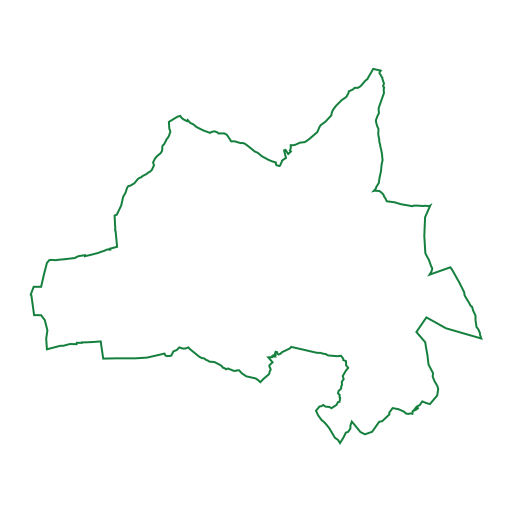 outline of Valea Iasului, Arges, Romania
{"feature_id": "2599482B81063931292533", "entity_name": "Valea Iasului", "entity_type": "district", "adm_level": 2, "iso_a3": "ROU", "parent_name": "Romania", "parent_adm1": "Arges", "projection": "natural_earth1", "projection_center": [24.709, 45.193], "detail": "fine", "context": "isolated", "style": "outline", "palette": "green", "viewbox_px": 512, "rotation_deg": 0, "n_neighbors": 0, "source": "geoboundaries", "source_scale": "gbopen_adm2", "svg_char_len": 5693}
<svg xmlns="http://www.w3.org/2000/svg" viewBox="0 0 512 512"><path d="M437.2,395.5L438.2,389.1L437.5,386.3L434.4,380.9L432.7,376.7L433.0,373.1L428.5,364.5L427.4,354.9L426.3,349.0L425.2,342.2L416.4,332.0L424.8,319.7L426.4,317.4L446.0,328.3L481.3,338.5L480.1,335.0L479.8,332.7L478.3,329.3L476.5,327.0L475.5,320.0L475.5,315.7L473.2,310.7L472.0,306.7L470.6,305.8L469.0,302.7L464.7,295.6L464.1,292.1L459.2,282.3L451.8,269.2L450.5,267.6L450.3,267.3L429.5,274.7L431.3,271.8L432.1,269.5L432.2,268.1L431.4,266.8L431.0,265.9L430.5,264.4L428.8,259.7L426.5,255.6L425.3,252.9L424.3,235.8L425.1,217.2L430.2,205.6L429.3,206.2L425.7,205.8L423.7,205.9L422.7,206.0L417.1,205.6L413.9,205.6L412.4,206.2L405.6,205.0L403.0,204.6L400.2,204.0L394.7,202.3L386.8,201.3L385.7,199.0L385.2,198.0L384.5,197.2L383.8,195.8L383.6,195.0L383.2,194.3L381.5,192.6L379.4,191.0L374.7,190.7L373.8,190.9L375.5,189.0L376.1,187.9L376.2,187.1L378.8,183.0L379.5,178.1L380.2,174.7L380.9,171.9L381.4,166.6L381.7,164.2L382.1,162.1L382.6,160.1L382.2,156.8L382.0,154.1L381.4,151.0L381.2,149.7L380.7,148.1L380.0,144.2L379.5,142.5L379.3,141.5L379.3,140.7L379.2,139.7L379.2,138.8L378.8,137.4L378.2,134.2L378.2,133.2L378.4,131.6L378.4,130.5L378.4,129.3L378.4,128.7L377.9,127.7L377.2,126.1L376.7,124.5L376.3,123.1L376.1,121.9L375.9,121.0L376.1,119.6L376.7,118.1L377.1,117.0L377.8,115.3L378.9,113.3L378.6,108.3L380.3,103.4L384.0,92.9L383.9,92.1L383.8,91.3L383.8,90.4L383.7,89.5L383.8,88.6L384.1,88.1L384.1,87.3L383.3,86.7L383.1,86.2L383.4,85.1L383.6,84.6L383.9,84.0L383.9,83.3L383.6,82.3L383.3,81.6L382.9,80.3L382.6,79.5L382.4,78.8L382.4,77.8L382.1,77.4L381.4,76.5L381.1,75.7L380.9,75.2L380.1,74.2L379.7,73.7L379.5,73.1L379.6,72.3L379.8,71.8L380.2,71.4L380.5,70.9L380.7,70.6L373.2,68.9L371.9,71.2L368.8,76.5L367.3,79.2L365.4,80.6L360.6,86.2L357.8,87.9L354.8,87.8L352.7,89.6L348.9,91.3L348.3,93.4L346.6,96.5L345.1,97.8L341.7,100.1L338.3,103.5L336.0,105.8L332.9,110.0L331.8,112.6L331.3,115.4L328.4,118.5L325.5,121.6L320.8,125.1L319.6,126.8L317.3,132.1L314.3,134.7L308.8,139.4L305.2,141.9L304.8,142.1L299.8,142.7L297.0,144.0L295.7,144.6L293.6,145.2L290.7,145.2L290.8,147.8L290.5,149.2L289.9,150.6L290.9,151.5L288.2,154.0L285.5,149.9L284.1,150.4L285.4,155.8L286.0,157.9L282.0,160.6L281.8,161.7L280.1,165.5L279.5,166.0L276.7,165.3L275.9,164.4L275.9,162.5L272.2,161.4L268.6,159.9L261.8,156.2L257.9,152.9L254.6,151.4L250.0,147.6L246.3,144.7L244.6,143.6L242.6,143.0L240.5,143.1L234.6,141.3L231.4,141.4L231.2,141.3L230.6,140.8L230.6,140.3L226.9,134.8L224.5,133.5L224.4,133.4L220.5,133.4L218.6,133.5L217.2,132.3L214.4,131.3L211.6,131.9L210.1,132.9L202.7,130.2L200.5,129.0L199.4,128.5L196.3,126.9L194.3,125.1L193.4,124.4L190.3,122.9L189.4,122.0L187.7,120.0L187.0,121.2L183.9,119.6L181.7,118.0L180.2,115.9L177.5,116.7L168.9,121.9L169.3,128.5L169.5,129.3L169.9,130.0L170.3,131.4L170.3,132.3L169.5,134.0L169.2,135.3L168.1,137.4L166.3,139.6L166.1,140.6L165.7,141.1L164.5,143.5L163.9,144.5L162.8,145.4L162.3,146.5L162.3,149.3L161.8,151.4L160.5,153.3L157.9,155.4L157.1,156.1L156.7,156.6L156.4,156.9L154.9,158.7L153.1,162.4L154.0,165.3L151.7,170.1L149.7,171.9L148.4,172.5L147.2,173.5L146.2,174.2L142.3,176.2L141.3,177.3L139.9,177.7L138.2,178.7L134.3,183.3L130.3,185.7L128.4,186.0L127.1,187.8L125.5,192.8L123.2,196.7L122.2,201.1L121.2,205.5L116.8,214.7L114.6,215.5L115.1,226.1L115.2,227.2L115.3,228.4L115.3,228.7L115.2,228.9L115.1,229.1L115.2,230.3L115.4,231.2L115.6,231.2L117.1,246.8L109.9,248.7L110.2,249.6L109.1,249.7L107.7,249.4L105.8,250.0L104.4,250.8L100.8,251.9L98.0,253.0L91.8,254.6L84.9,256.2L84.9,255.2L78.8,256.1L76.5,257.0L75.0,258.0L62.9,259.4L59.9,259.6L55.8,260.2L51.2,259.9L49.2,260.2L46.9,263.0L44.0,274.2L42.8,279.5L41.1,286.8L33.7,286.8L32.7,289.4L30.7,294.7L31.4,295.5L32.9,306.3L34.1,315.1L41.1,315.2L44.8,320.1L47.4,330.4L46.2,338.6L46.9,349.3L60.3,345.8L63.2,345.8L70.0,344.0L76.6,344.2L76.8,342.8L77.1,342.8L81.4,342.9L82.0,342.8L82.0,342.4L83.3,342.4L84.4,342.3L86.7,342.3L88.6,342.2L93.2,342.0L100.7,341.4L103.2,358.6L117.7,358.3L128.7,358.3L131.7,358.3L135.9,358.3L147.1,357.6L164.5,353.6L165.4,355.4L166.8,356.1L169.2,356.0L171.3,355.6L173.4,351.4L176.8,350.0L179.3,347.4L182.5,348.5L185.5,348.5L188.3,347.4L189.9,349.1L199.4,356.8L201.9,358.1L204.2,358.4L205.6,359.6L207.9,360.6L209.6,361.7L214.3,362.0L219.9,364.8L222.2,366.5L222.7,367.6L224.9,368.3L225.8,369.3L228.0,368.5L233.7,370.8L235.8,370.9L236.9,370.4L239.1,370.3L241.6,373.1L246.2,376.3L255.9,378.5L257.0,379.5L257.8,379.8L260.3,382.2L263.7,378.7L269.1,374.1L269.8,371.3L270.7,369.6L270.2,368.1L269.4,366.6L269.4,365.3L272.6,362.3L268.3,357.4L272.2,357.1L272.2,356.3L274.8,356.5L273.9,355.3L275.5,355.2L275.0,353.9L275.6,351.8L277.1,352.2L277.3,353.7L278.6,354.5L280.8,353.6L281.2,352.9L282.2,352.1L289.9,348.4L291.2,346.9L317.4,352.9L320.5,352.9L323.2,353.7L326.0,354.1L327.2,355.1L328.8,355.5L337.3,356.2L341.1,355.8L343.2,358.7L343.3,360.1L346.0,361.2L346.1,365.3L348.2,367.9L346.0,370.5L342.7,376.1L343.7,379.1L341.8,381.7L342.0,384.9L341.1,386.7L341.1,388.7L338.6,390.9L338.0,393.3L339.8,395.2L339.5,397.0L340.2,398.0L339.5,401.8L337.9,402.2L336.5,404.9L331.5,408.2L329.5,407.0L325.4,406.6L323.3,405.0L321.6,406.1L319.5,406.5L316.0,410.7L318.1,415.3L321.7,420.2L323.7,421.7L325.9,424.0L329.4,428.4L334.9,437.8L338.0,439.9L340.0,443.1L343.5,437.5L345.8,432.7L348.2,431.8L350.4,428.5L350.4,425.6L351.8,421.6L354.2,424.4L360.4,432.0L364.9,434.3L372.1,431.8L379.2,421.8L382.3,421.1L388.1,415.6L389.4,414.4L389.3,412.6L392.6,408.1L398.5,409.2L403.9,411.6L406.1,413.6L408.7,413.9L410.4,413.4L412.4,413.8L412.7,411.2L415.8,409.8L418.6,407.8L415.2,408.5L416.6,406.7L419.7,405.1L422.3,401.4L426.4,403.1L429.9,404.1L437.2,395.5Z" fill="none" stroke="#15803d" stroke-width="2"/></svg>